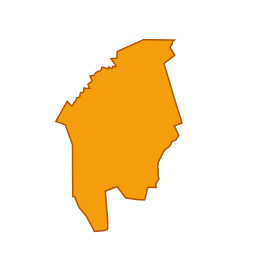 Elesbão Veloso, Piauí, Brazil (Mercator projection), rotated 231°
{"feature_id": "56859067B9970821257973", "entity_name": "Elesbão Veloso", "entity_type": "district", "adm_level": 2, "iso_a3": "BRA", "parent_name": "Brazil", "parent_adm1": "Piauí", "projection": "mercator", "projection_center": [-42.169, -6.199], "detail": "fine", "context": "isolated", "style": "filled", "palette": "amber", "viewbox_px": 256, "rotation_deg": 231, "n_neighbors": 0, "source": "geoboundaries", "source_scale": "gbopen_adm2", "svg_char_len": 1866}
<svg xmlns="http://www.w3.org/2000/svg" viewBox="0 0 256 256"><g transform="rotate(231 128 128)"><path d="M178.5,76.1L170.0,81.3L149.9,74.3L141.4,67.5L109.5,41.9L108.5,43.4L97.6,40.0L85.6,40.1L78.2,38.7L74.1,37.9L72.7,37.7L68.9,36.7L64.0,43.7L62.1,48.4L69.5,54.4L83.2,63.7L93.1,70.5L89.4,82.6L75.0,82.2L66.0,90.7L61.7,95.7L65.9,101.3L69.4,105.9L68.2,107.5L64.0,112.5L66.6,114.0L67.4,114.9L67.2,115.9L68.1,116.7L68.6,118.4L69.1,119.9L69.9,120.6L71.5,121.1L72.7,121.7L73.6,122.7L74.5,123.5L77.6,125.9L78.9,126.3L79.6,127.1L80.3,127.9L81.3,129.2L82.9,130.3L82.9,131.7L84.1,132.8L84.0,134.2L85.1,136.0L85.7,137.1L85.8,138.4L87.2,140.6L87.5,142.0L87.7,143.3L87.7,145.9L87.6,147.4L87.7,149.1L88.7,151.7L89.7,153.0L89.6,154.4L89.0,156.4L88.7,158.1L89.3,159.8L90.3,162.8L100.5,165.3L97.8,173.0L122.7,183.0L155.4,196.5L155.4,199.2L155.3,203.9L155.2,208.4L155.3,210.3L157.7,210.5L158.8,210.5L160.2,210.9L161.5,211.0L162.8,210.9L164.5,211.8L164.9,213.2L165.3,215.0L166.7,216.4L167.2,217.6L167.2,219.3L185.3,197.6L186.8,195.7L187.2,194.2L194.3,167.6L189.3,163.4L192.5,158.4L183.6,157.9L183.5,156.7L184.8,155.8L185.6,154.8L184.2,153.6L184.6,152.6L185.6,152.1L186.7,152.0L187.6,151.1L186.5,150.1L187.6,148.8L188.9,148.4L189.8,147.6L190.7,146.9L191.7,146.0L191.0,144.9L190.2,144.2L189.8,142.5L190.3,141.5L190.9,140.2L191.0,139.1L191.4,137.8L190.8,136.4L190.5,135.2L190.9,133.9L191.5,132.5L192.3,131.2L190.6,130.6L188.9,130.2L187.6,130.0L187.3,128.9L187.1,127.9L187.2,126.7L187.4,124.9L186.5,124.2L185.5,123.8L184.3,123.4L183.0,123.2L183.8,122.1L184.5,121.0L184.9,120.0L186.5,119.6L186.8,118.5L185.9,117.9L184.9,117.2L184.1,116.2L184.3,114.9L185.2,113.6L184.5,112.0L183.3,111.1L182.6,110.0L183.0,108.5L183.8,107.3L183.2,106.3L182.3,105.0L181.9,103.5L181.8,102.0L181.0,100.8L180.5,99.4L180.6,98.1L187.0,97.5L178.5,76.1Z" fill="#f59e0b" stroke="#b45309" stroke-width="1.5"/></g></svg>